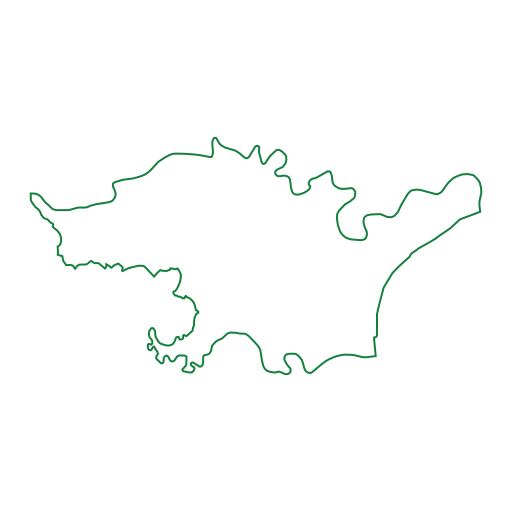 the district of Hau Loc, Thanh Hóa, Vietnam
{"feature_id": "81297802B47590181438391", "entity_name": "Hau Loc", "entity_type": "district", "adm_level": 2, "iso_a3": "VNM", "parent_name": "Vietnam", "parent_adm1": "Thanh Hóa", "projection": "robinson", "projection_center": [105.868, 19.933], "detail": "fine", "context": "isolated", "style": "outline", "palette": "green", "viewbox_px": 512, "rotation_deg": 0, "n_neighbors": 0, "source": "geoboundaries", "source_scale": "gbopen_adm2", "svg_char_len": 6067}
<svg xmlns="http://www.w3.org/2000/svg" viewBox="0 0 512 512"><path d="M30.7,193.5L30.8,199.8L31.3,201.2L32.4,203.0L35.3,206.9L38.6,209.7L40.3,212.1L41.2,214.7L43.9,218.1L47.7,219.5L50.3,222.4L52.9,223.7L53.3,224.7L52.7,226.6L53.0,227.2L57.2,230.5L59.9,234.1L61.1,238.0L61.1,241.3L60.3,244.2L59.5,245.3L57.6,246.7L58.0,251.4L57.8,254.8L62.4,256.2L62.9,259.5L63.4,261.1L66.2,265.2L70.3,264.9L72.4,265.5L73.2,265.9L74.6,268.3L75.2,268.7L76.9,266.3L78.1,265.3L79.7,264.6L85.6,264.5L87.3,263.9L90.4,261.3L91.3,260.9L94.4,263.1L98.2,263.1L98.7,263.3L105.0,268.5L106.3,266.8L106.3,264.3L109.1,265.9L111.1,267.6L111.5,267.6L114.6,265.0L118.4,263.6L122.4,266.9L122.7,267.6L122.1,270.8L122.6,271.1L127.5,268.6L131.2,267.4L138.9,265.7L143.5,265.9L144.9,266.9L154.1,276.6L157.3,272.9L159.8,270.5L160.5,270.1L161.7,270.7L166.4,271.0L169.9,269.8L170.2,268.7L170.6,268.3L176.0,269.3L177.4,268.5L177.9,268.9L179.4,271.3L180.8,274.4L180.9,276.1L180.4,280.0L179.6,283.1L177.3,288.1L175.3,291.0L173.5,291.7L173.3,292.9L173.5,293.5L175.1,295.5L177.0,295.6L178.2,296.7L180.2,296.7L183.1,298.4L184.3,298.3L185.3,296.3L185.7,296.0L186.1,296.1L186.5,296.9L189.8,298.4L192.3,300.7L193.8,302.7L195.0,305.9L195.8,310.0L197.8,311.1L198.4,312.0L198.0,313.1L196.9,313.4L196.1,314.2L194.7,317.3L194.1,320.8L194.0,325.6L192.9,328.0L192.8,329.8L192.3,330.9L186.8,335.9L186.2,336.1L184.1,335.0L183.4,335.2L183.1,335.9L183.2,338.1L182.8,338.7L181.6,339.4L180.2,339.5L179.5,339.3L178.8,337.2L178.3,336.9L176.5,337.2L175.6,338.4L175.1,340.5L174.0,342.5L172.9,343.9L172.0,344.6L170.3,345.2L168.4,345.6L165.8,345.3L161.0,343.8L159.9,343.2L158.1,341.2L155.7,336.9L155.4,335.8L155.1,331.4L154.4,329.8L153.0,328.1L151.9,328.1L151.0,328.5L149.4,330.9L148.9,333.6L149.1,335.5L149.5,336.9L152.2,340.7L152.3,343.2L152.1,343.8L151.2,344.7L149.3,343.9L148.6,344.0L148.2,344.4L147.8,346.2L147.9,347.6L148.5,349.1L149.0,349.7L149.5,350.1L150.5,350.3L151.5,349.6L153.2,346.8L154.1,346.5L155.3,348.8L157.4,351.9L157.8,353.2L157.7,354.4L156.3,356.5L156.1,357.9L156.9,359.3L160.7,363.0L161.6,363.4L162.2,363.3L163.4,362.4L163.8,357.8L164.6,356.7L165.8,355.8L166.5,355.6L167.6,356.1L168.6,357.3L169.8,359.9L171.1,361.2L172.2,361.5L174.1,360.9L177.4,356.2L178.8,355.6L180.6,355.4L184.6,355.6L185.7,356.0L186.5,356.8L186.3,364.3L185.8,365.7L182.4,369.4L182.5,370.5L183.4,371.2L188.2,372.3L191.6,372.5L193.0,371.5L194.0,370.2L194.5,368.2L194.0,367.3L191.4,365.5L190.8,364.7L191.1,363.3L191.6,362.8L192.9,362.4L199.5,366.6L201.3,366.4L202.3,365.3L202.8,364.1L203.1,362.5L203.2,356.9L203.5,356.1L204.3,355.2L207.5,354.5L209.1,353.8L209.7,353.2L210.9,351.3L212.1,345.7L215.7,341.7L217.7,340.4L222.3,338.3L227.3,333.6L230.0,332.6L235.0,332.7L240.4,333.6L244.7,333.7L245.7,334.0L248.7,336.0L256.4,344.0L258.2,346.3L259.8,348.9L260.3,350.4L261.1,354.4L261.9,360.4L263.4,366.3L264.8,368.7L266.7,370.6L269.8,371.8L273.4,372.4L275.7,372.4L278.8,371.6L281.7,372.5L284.7,374.0L286.4,374.2L288.3,373.8L290.0,372.6L290.4,371.9L290.6,369.6L290.4,368.5L287.7,365.5L286.3,363.4L284.4,359.7L284.4,357.8L284.9,356.0L285.8,354.9L286.7,354.3L289.2,353.8L294.2,353.7L295.6,354.0L297.3,354.8L299.1,356.5L301.6,359.6L302.6,362.1L304.5,368.8L305.5,370.8L308.0,372.6L309.9,373.0L311.0,372.8L312.1,372.2L321.3,364.5L325.5,361.3L329.2,359.2L333.8,357.2L337.2,356.0L342.4,354.9L345.2,354.6L351.9,354.9L355.2,355.4L362.4,357.1L365.8,357.3L375.7,356.1L374.0,338.1L374.3,337.3L375.6,337.3L376.4,336.6L376.8,335.9L377.0,334.5L377.0,314.2L378.8,306.1L383.4,288.4L384.5,286.2L392.5,273.0L399.1,266.2L409.2,257.1L410.0,256.2L410.6,254.5L412.1,253.0L417.2,249.6L417.8,248.8L429.5,242.3L435.9,238.4L438.8,236.1L450.4,228.2L459.9,219.4L480.2,211.8L479.5,206.0L479.4,201.8L481.3,193.1L481.1,188.4L480.6,185.9L479.8,182.8L478.8,180.9L476.7,178.3L473.5,175.2L468.3,174.1L463.1,174.3L460.3,175.0L455.8,176.8L452.9,178.4L449.0,182.0L446.8,184.6L442.6,190.6L440.9,192.5L437.9,194.0L436.9,194.2L435.0,193.9L420.2,189.9L416.0,189.6L412.1,190.3L410.7,190.8L407.7,194.0L401.3,204.8L397.8,212.2L394.4,215.9L391.6,217.2L387.4,217.0L380.4,214.1L370.8,214.5L366.8,215.4L364.8,216.9L364.1,218.1L363.5,220.7L363.5,222.5L364.4,226.1L366.8,232.1L366.9,234.7L366.6,235.8L366.2,237.3L365.4,238.6L363.8,239.6L360.9,240.2L350.4,239.3L346.2,237.8L344.5,236.7L342.4,234.7L340.8,232.6L339.6,230.3L337.8,224.5L337.1,219.8L337.0,215.8L337.3,213.8L339.1,210.6L345.0,204.4L350.1,201.3L353.8,198.3L354.8,196.5L355.3,193.0L355.2,191.7L353.4,189.0L351.7,188.2L350.1,188.2L344.9,188.9L341.4,188.9L338.5,188.1L336.3,186.8L334.6,185.6L333.1,183.6L332.4,181.0L331.9,175.9L330.3,171.7L327.7,171.3L317.3,177.2L314.1,178.5L312.4,178.7L310.6,179.8L309.3,181.6L308.6,183.8L309.1,184.9L310.2,186.0L310.1,187.6L309.0,189.4L307.1,191.0L304.1,192.8L299.1,194.5L296.1,194.6L294.9,194.3L293.3,193.3L292.0,191.5L291.0,187.7L290.0,179.3L288.8,177.4L287.8,176.5L284.8,175.7L283.5,175.6L280.1,176.2L278.0,176.1L276.7,175.5L275.9,174.7L275.3,173.5L275.2,172.0L275.5,171.1L276.2,170.4L277.5,169.4L282.7,167.0L285.5,163.4L286.4,159.5L286.1,156.2L285.1,154.5L281.9,151.4L279.8,150.2L278.3,149.8L276.2,150.3L270.9,155.2L269.1,157.3L265.1,163.4L263.4,163.9L262.6,163.6L261.9,162.6L261.4,161.5L259.1,152.6L259.0,151.0L259.2,147.3L258.7,146.5L257.9,146.0L256.3,146.0L255.2,146.7L248.9,157.1L247.5,158.1L245.8,158.1L244.1,157.3L239.8,153.5L235.3,150.6L225.0,147.5L221.6,145.6L220.0,144.2L219.0,142.9L216.5,138.5L215.9,138.0L214.8,137.8L214.1,138.0L213.5,138.7L212.6,140.9L212.3,142.2L212.5,147.1L213.0,151.6L212.8,153.5L212.1,156.3L211.4,156.9L209.5,157.0L201.4,155.4L195.0,154.5L184.6,153.8L175.8,153.6L172.5,154.0L170.2,154.7L165.3,157.2L158.5,161.7L150.0,170.8L146.8,173.4L143.7,175.1L139.2,176.8L133.3,178.4L122.7,179.8L115.1,182.1L114.0,182.8L113.2,183.4L112.9,184.3L112.9,185.3L113.1,186.8L114.9,190.7L115.6,193.5L115.4,195.9L114.6,198.0L112.8,200.4L111.8,201.1L108.9,202.2L96.2,204.2L90.8,205.6L87.2,207.2L84.0,207.6L79.7,207.5L77.1,207.8L68.8,210.1L55.8,210.1L52.8,209.1L51.3,207.9L49.5,206.0L45.1,202.2L41.3,197.1L39.2,195.3L36.6,194.0L34.7,193.6L30.7,193.5Z" fill="none" stroke="#15803d" stroke-width="2"/></svg>